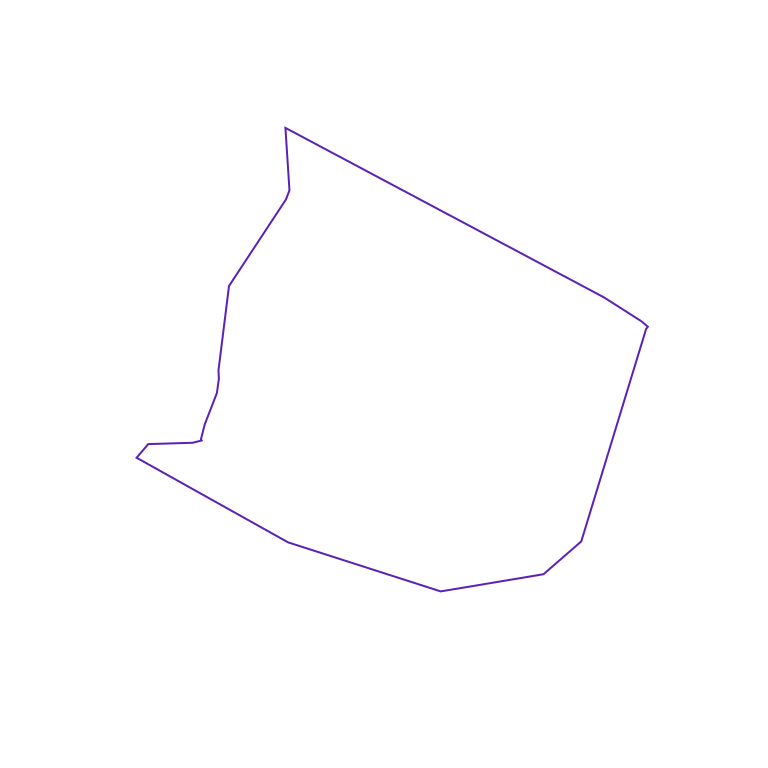 the Parish of Saint Michael, rotated 315°
{"feature_id": "BRB-1996", "entity_name": "Saint Michael", "entity_type": "Parish", "adm_level": 1, "iso_a3": "BRB", "parent_name": "Barbados", "parent_adm1": "", "projection": "orthographic", "projection_center": [-59.609, 13.123], "detail": "fine", "context": "isolated", "style": "outline", "palette": "violet", "viewbox_px": 768, "rotation_deg": 315, "n_neighbors": 0, "source": "natural_earth", "source_scale": "10m", "svg_char_len": 430}
<svg xmlns="http://www.w3.org/2000/svg" viewBox="0 0 768 768"><g transform="rotate(315 384 384)"><path d="M412.2,634.8L362.3,631.3L277.4,570.7L204.2,428.2L156.9,261.2L174.8,259.8L207.2,290.3L215.1,295.0L215.4,293.7L228.3,286.0L259.5,272.2L271.0,263.5L276.5,257.4L343.7,205.1L445.1,184.2L454.1,180.2L495.4,133.2L600.8,478.4L610.3,521.3L611.1,530.1L608.3,530.4L412.2,634.8Z" fill="none" stroke="#5b21b6" stroke-width="2"/></g></svg>